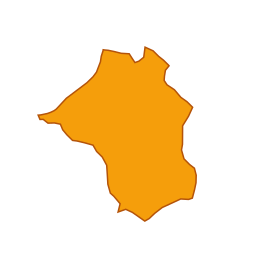 Phyongsan, Hwanghae-bukto, North Korea, rotated 114°
{"feature_id": "82179303B46729479227191", "entity_name": "Phyongsan", "entity_type": "district", "adm_level": 2, "iso_a3": "PRK", "parent_name": "North Korea", "parent_adm1": "Hwanghae-bukto", "projection": "mercator", "projection_center": [126.356, 38.335], "detail": "fine", "context": "isolated", "style": "filled", "palette": "amber", "viewbox_px": 256, "rotation_deg": 114, "n_neighbors": 0, "source": "geoboundaries", "source_scale": "gbopen_adm2", "svg_char_len": 1065}
<svg xmlns="http://www.w3.org/2000/svg" viewBox="0 0 256 256"><g transform="rotate(114 128 128)"><path d="M208.8,102.9L203.2,97.0L203.3,89.6L206.2,74.8L202.1,71.8L195.1,68.9L186.7,64.4L178.3,57.0L171.4,51.0L168.6,43.6L165.9,40.7L157.4,42.1L150.4,43.6L143.4,46.5L137.7,51.0L137.4,52.4L136.3,56.9L133.4,64.3L126.3,70.2L120.7,71.6L103.8,79.0L92.6,77.5L82.8,77.4L80.0,84.8L78.5,92.2L74.2,101.1L72.7,109.9L69.9,114.3L65.7,115.8L60.0,117.3L54.5,115.8L54.0,116.8L51.6,123.2L50.1,129.1L47.3,136.4L47.2,145.3L57.0,142.4L62.6,145.3L65.4,148.3L62.6,152.7L59.7,157.1L62.5,164.5L63.8,171.9L65.1,177.8L66.2,181.0L66.6,182.5L67.7,182.2L73.3,181.6L78.8,180.1L89.8,179.5L95.5,180.8L103.5,184.0L125.9,196.4L139.9,201.2L142.3,202.6L145.0,204.9L147.5,207.5L151.5,213.0L152.8,215.3L156.0,211.9L154.6,209.0L156.1,203.1L153.3,197.2L152.0,191.3L156.2,186.9L159.1,181.0L161.9,173.6L160.6,169.2L159.2,161.8L157.9,153.0L162.2,147.1L165.0,139.7L170.7,132.3L179.1,127.9L187.6,123.5L194.7,117.6L196.1,113.2L200.4,104.4L208.8,102.9Z" fill="#f59e0b" stroke="#b45309" stroke-width="1.5"/></g></svg>